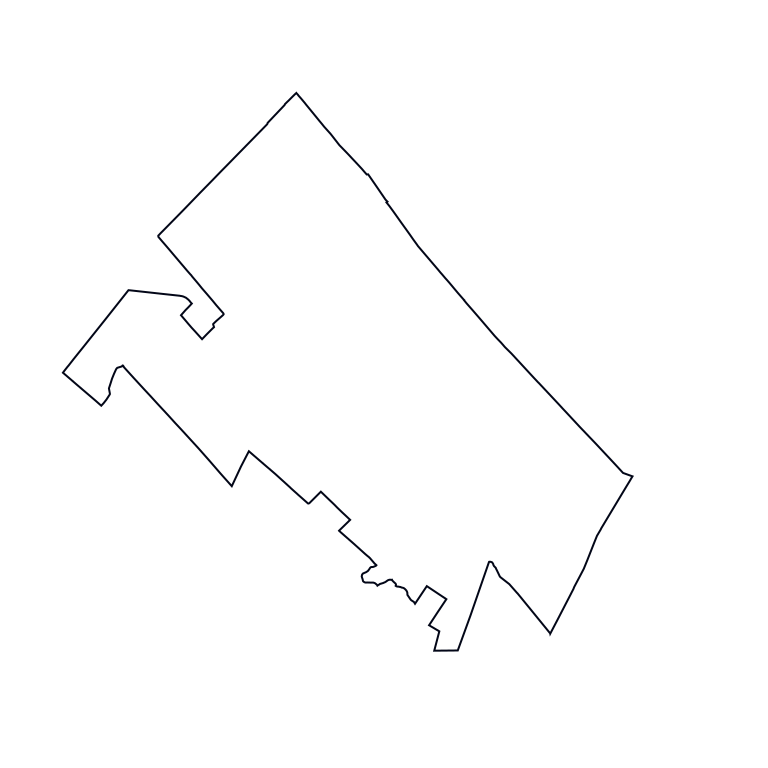 Ulmu, Braila, Romania, rotated 123°
{"feature_id": "2599482B28846131553928", "entity_name": "Ulmu", "entity_type": "district", "adm_level": 2, "iso_a3": "ROU", "parent_name": "Romania", "parent_adm1": "Braila", "projection": "robinson", "projection_center": [27.32, 44.93], "detail": "fine", "context": "isolated", "style": "outline", "palette": "ink", "viewbox_px": 768, "rotation_deg": 123, "n_neighbors": 0, "source": "geoboundaries", "source_scale": "gbopen_adm2", "svg_char_len": 5002}
<svg xmlns="http://www.w3.org/2000/svg" viewBox="0 0 768 768"><g transform="rotate(123 384 384)"><path d="M382.5,654.1L383.2,653.6L383.5,653.3L385.3,647.3L385.9,645.2L387.3,640.4L389.1,634.4L389.9,631.8L396.2,610.8L397.6,605.8L397.6,605.5L397.9,604.6L398.3,603.6L400.9,595.0L402.9,588.8L405.0,581.5L407.5,573.1L409.2,567.8L410.9,561.9L412.2,557.3L412.5,556.8L412.8,556.5L413.2,556.5L413.5,556.5L414.1,556.6L422.6,559.0L426.4,559.9L426.8,559.9L427.2,559.6L428.9,557.5L430.7,558.0L439.2,559.8L445.5,561.0L442.8,571.1L441.5,576.2L440.1,581.0L438.7,585.6L436.9,591.7L432.9,591.1L430.1,590.7L426.8,590.0L423.6,589.4L421.2,589.0L420.8,590.7L420.3,592.0L419.8,594.1L419.6,596.1L419.5,597.0L419.7,598.4L419.9,599.8L420.4,601.4L421.0,602.7L421.2,603.3L429.1,618.9L443.5,647.5L444.5,649.4L481.8,652.9L517.6,656.4L520.5,656.7L523.4,657.0L532.3,657.9L540.5,658.6L541.8,658.8L547.5,659.3L549.4,659.4L549.8,656.4L551.9,641.1L552.7,635.0L555.1,616.7L556.2,609.3L555.6,609.2L552.7,608.7L548.2,608.3L542.1,608.3L541.7,608.4L541.3,608.7L537.5,612.3L531.9,613.8L527.6,615.0L522.4,616.0L517.7,616.7L516.9,616.7L515.7,616.5L512.0,613.4L511.4,613.4L511.1,613.4L510.8,613.3L510.7,613.1L510.7,612.9L510.8,612.6L511.1,612.0L511.6,611.0L515.2,597.4L519.1,582.2L521.6,572.2L524.0,563.0L527.7,548.3L530.4,538.1L532.5,529.6L534.7,521.1L539.0,504.5L543.6,488.0L548.0,472.8L549.1,468.8L552.6,456.0L531.1,459.0L514.0,460.7L514.8,454.9L516.6,441.7L518.7,426.0L521.9,406.3L522.1,405.5L522.7,401.7L523.2,398.5L523.2,398.3L523.8,394.8L523.8,394.6L525.2,385.2L525.3,384.5L525.6,382.7L525.5,382.4L525.1,382.0L524.6,381.7L517.6,380.2L508.7,378.3L511.0,366.5L511.6,363.2L512.3,359.6L513.1,356.1L513.8,352.5L514.5,348.9L515.1,345.4L515.7,342.1L516.4,338.4L531.5,341.8L531.7,341.2L534.6,321.1L534.7,320.6L536.8,307.4L537.3,303.6L537.3,302.8L537.6,301.5L537.6,301.2L539.4,295.1L539.5,294.8L539.6,294.4L539.7,294.2L539.8,293.4L540.1,291.7L540.9,291.8L543.0,293.2L543.6,293.8L544.0,294.3L544.3,294.8L544.7,295.2L545.6,295.5L546.4,295.5L547.2,295.5L547.7,295.5L548.5,295.6L549.2,295.6L549.9,295.8L550.8,296.2L551.7,296.6L552.3,297.0L553.1,297.6L553.8,298.0L554.2,298.3L554.6,298.5L555.0,298.5L555.6,298.5L556.0,298.5L556.7,298.2L557.5,297.9L558.3,297.0L559.0,296.1L559.2,295.8L559.4,295.6L560.3,294.7L560.8,294.1L560.9,293.5L560.9,292.4L560.7,291.6L560.2,290.8L559.5,289.8L557.5,286.5L556.8,285.4L556.4,284.8L556.2,284.1L556.0,283.4L556.0,282.8L556.1,281.9L556.2,280.9L556.4,280.2L556.7,279.7L555.9,279.4L555.2,279.0L554.5,278.7L553.9,278.5L553.5,278.2L553.4,278.0L553.3,277.9L553.0,277.7L552.3,277.1L551.8,276.7L551.4,276.3L550.8,276.0L550.3,275.6L549.7,275.2L549.1,274.9L548.4,274.6L547.8,274.4L547.1,274.1L546.4,273.8L546.0,273.5L545.5,273.1L545.2,272.8L544.9,272.4L544.7,272.1L544.5,271.7L544.3,271.2L543.8,270.7L544.2,270.1L544.4,269.5L544.5,269.0L544.7,268.1L545.1,265.6L545.5,264.9L545.9,264.6L546.4,264.4L546.9,264.3L546.9,263.9L546.9,263.5L546.8,263.0L546.6,262.5L546.4,262.1L546.0,261.4L545.8,260.8L545.6,260.3L545.4,259.9L545.2,259.4L545.2,258.9L545.1,258.3L544.9,257.9L544.7,257.4L544.5,256.7L544.4,256.3L544.4,255.9L544.5,255.4L544.5,254.9L544.6,254.4L544.7,254.0L545.0,252.8L545.8,251.4L546.3,250.8L548.1,249.5L550.2,244.5L550.5,243.4L550.5,241.7L550.5,240.2L551.4,238.3L530.2,238.0L530.5,214.5L545.4,214.7L561.8,214.8L561.3,202.9L580.3,196.6L567.3,177.0L531.0,185.4L476.1,199.0L475.9,199.0L475.3,198.3L474.9,197.2L474.7,196.3L475.0,195.4L475.5,194.4L476.3,193.5L476.8,192.5L477.3,190.2L477.9,189.4L479.0,187.5L480.7,184.7L482.2,182.3L482.6,181.2L483.6,169.9L486.8,158.5L486.8,158.2L491.7,142.9L502.5,109.3L502.7,108.7L502.8,108.6L486.8,110.1L470.7,111.7L458.5,112.9L457.7,113.0L452.7,113.5L451.8,113.7L450.8,113.9L449.9,114.0L437.6,115.1L430.2,115.8L421.2,117.5L403.0,121.2L395.3,122.7L388.1,123.0L386.6,123.2L337.9,124.9L330.7,125.1L329.3,125.2L326.1,125.3L326.4,126.5L328.1,133.8L328.4,135.1L325.7,145.6L318.9,173.0L317.9,177.2L313.3,196.7L309.1,213.4L307.3,220.7L306.0,225.7L302.2,241.1L298.8,254.9L298.7,255.6L297.3,261.3L293.2,277.4L289.0,293.9L287.2,302.7L285.6,308.2L284.5,313.0L283.4,317.4L277.3,338.0L273.9,349.7L271.9,356.8L271.3,358.9L270.1,362.6L269.9,362.6L269.8,363.2L267.5,371.3L265.7,377.2L263.6,384.0L262.4,388.2L261.9,390.1L260.4,395.1L259.8,397.3L258.7,400.8L256.6,407.9L252.9,420.3L251.5,425.0L249.8,430.7L249.2,432.1L246.9,438.1L244.7,443.5L239.2,457.6L234.2,470.2L231.8,476.5L230.4,480.8L229.2,480.4L229.0,481.4L228.9,481.8L228.7,482.5L228.5,483.3L222.9,496.7L216.8,511.5L217.7,512.6L216.6,516.5L215.7,519.5L213.1,529.9L210.4,540.9L208.0,551.5L203.4,564.8L201.0,573.7L200.7,574.7L199.7,577.7L198.6,581.3L197.5,584.7L192.1,601.6L191.4,603.6L189.6,609.5L188.7,612.8L188.3,613.8L188.0,614.9L187.9,615.5L187.8,615.8L187.7,616.0L189.5,616.5L194.6,617.6L198.9,618.5L199.6,618.7L203.3,619.5L204.1,619.3L228.4,623.8L229.2,623.5L230.0,623.5L276.6,632.9L277.7,633.1L294.9,636.6L309.1,639.4L323.4,642.3L347.0,646.9L370.6,651.7L379.8,653.6L381.1,653.8L382.5,654.1Z" fill="none" stroke="#020617" stroke-width="2"/></g></svg>